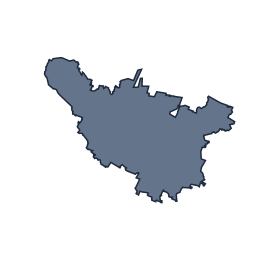 outline of Salamanca, Guanajuato, Mexico, rotated 290°
{"feature_id": "50627088B5946964256330", "entity_name": "Salamanca", "entity_type": "district", "adm_level": 2, "iso_a3": "MEX", "parent_name": "Mexico", "parent_adm1": "Guanajuato", "projection": "albers", "projection_center": [-101.157, 20.652], "detail": "fine", "context": "isolated", "style": "filled", "palette": "slate", "viewbox_px": 256, "rotation_deg": 290, "n_neighbors": 0, "source": "geoboundaries", "source_scale": "gbopen_adm2", "svg_char_len": 5874}
<svg xmlns="http://www.w3.org/2000/svg" viewBox="0 0 256 256"><g transform="rotate(290 128 128)"><path d="M68.2,179.3L69.4,179.2L70.1,179.8L69.6,181.2L69.7,183.4L69.2,184.7L69.3,185.1L69.6,185.4L71.2,184.7L70.9,183.7L71.3,183.0L72.6,182.2L74.4,181.5L75.2,181.9L75.4,181.5L75.7,181.5L76.1,182.5L77.0,181.9L81.6,182.4L81.7,183.0L80.8,183.2L80.9,186.6L80.0,188.5L77.7,189.8L77.3,190.3L77.6,192.4L78.1,193.3L77.0,193.1L76.5,193.4L76.3,196.4L76.5,197.4L76.3,197.4L75.9,198.1L76.3,198.2L76.3,198.6L75.7,198.4L75.9,198.9L81.7,196.2L83.1,196.2L85.3,198.8L86.2,198.6L87.7,198.9L88.9,198.8L89.3,199.2L91.0,199.6L91.2,201.1L92.7,206.0L92.7,207.9L93.7,207.7L93.7,208.5L94.2,208.4L94.2,206.2L95.9,206.3L96.8,206.9L97.7,213.4L97.2,215.1L101.1,214.8L101.4,216.5L101.0,216.5L100.8,217.8L99.5,218.6L99.6,219.2L101.9,219.8L101.9,219.4L102.3,219.3L102.3,218.1L103.0,215.3L105.1,217.4L105.6,217.7L105.8,217.0L107.7,215.9L108.0,216.0L108.1,215.5L109.4,214.9L111.0,213.6L111.8,212.2L111.9,211.2L115.9,210.5L124.0,211.9L124.0,209.3L123.9,209.2L123.9,208.4L124.2,207.3L130.7,204.5L134.8,204.4L135.1,204.2L135.6,205.0L135.6,206.0L136.0,206.3L136.1,207.0L136.5,207.4L137.1,207.4L137.7,206.2L138.3,207.1L139.2,206.5L139.9,207.2L140.1,207.8L141.2,207.7L141.6,207.9L141.7,208.1L141.5,208.6L141.6,209.0L142.5,209.1L143.0,208.8L143.2,208.3L142.8,207.0L142.9,206.2L142.6,205.1L142.7,204.8L143.7,203.5L145.6,202.5L145.9,201.9L147.3,201.9L147.3,202.7L148.6,203.9L148.7,204.7L149.5,205.5L149.7,206.1L150.2,206.6L151.3,208.5L151.8,208.7L152.8,208.7L153.1,209.4L153.5,209.5L153.7,210.1L153.4,210.4L153.1,211.4L153.2,211.9L153.6,212.1L153.9,212.7L154.9,213.1L155.3,213.9L157.0,214.5L158.7,214.7L158.7,216.1L158.1,216.7L158.4,217.1L159.1,217.1L158.8,218.1L159.3,218.9L159.0,219.4L158.7,219.4L158.5,219.9L158.6,221.0L159.5,221.4L159.6,222.0L160.0,222.3L160.0,223.4L163.0,225.1L165.9,222.4L167.1,224.3L167.4,225.2L168.1,225.8L168.3,226.1L170.4,226.1L172.0,218.2L175.5,218.7L176.0,219.8L178.8,220.7L180.0,219.2L183.2,219.4L183.3,216.7L182.3,216.6L182.3,215.7L182.9,215.5L183.1,214.4L181.9,214.8L181.8,214.3L183.2,213.3L183.2,206.2L185.4,192.8L184.1,192.4L183.7,192.6L182.7,193.7L181.8,193.6L180.9,194.0L178.8,193.4L176.9,194.0L176.3,193.6L174.6,193.2L173.6,191.7L173.1,191.6L172.1,190.8L171.7,190.7L171.4,189.6L172.0,188.2L171.8,187.4L170.9,186.5L169.4,186.2L168.2,186.3L166.8,186.9L165.4,187.1L165.4,183.0L166.1,183.3L166.2,178.1L168.6,178.4L168.8,173.9L167.1,171.4L166.3,169.4L160.4,169.1L158.7,169.5L154.2,168.8L155.4,162.4L157.6,162.1L162.3,167.0L162.8,167.3L165.4,168.0L166.2,167.4L166.5,167.8L166.3,168.5L175.1,168.4L173.5,160.6L173.7,160.2L173.4,160.1L173.0,156.9L172.0,156.8L171.9,156.0L172.8,155.8L173.1,155.5L172.7,155.1L172.4,152.5L171.6,152.5L171.7,152.2L173.6,151.9L171.9,142.7L166.4,142.1L165.3,136.7L167.7,136.1L167.8,135.4L167.5,133.8L174.3,133.2L172.1,126.8L179.6,124.4L178.9,122.7L169.9,123.6L168.1,119.1L187.8,120.7L185.7,117.5L174.5,117.0L174.4,111.1L170.3,105.4L168.8,104.7L168.4,105.5L167.8,105.3L166.5,105.5L166.2,105.3L165.9,105.6L165.5,105.4L165.3,105.7L163.4,106.2L163.3,105.9L162.7,105.7L162.5,104.6L162.7,104.4L162.7,103.9L163.0,103.6L162.6,103.1L163.2,102.7L163.5,102.0L161.8,101.5L161.3,102.0L158.4,101.9L158.0,102.5L157.5,102.3L157.2,101.7L156.5,101.1L155.5,101.9L154.0,101.4L153.8,100.7L154.8,99.1L156.0,98.9L156.5,98.0L157.0,97.8L158.2,96.2L159.0,96.0L159.3,92.5L157.7,92.4L156.8,91.6L159.1,90.1L158.7,89.7L158.1,86.6L154.4,86.8L154.3,86.0L153.9,85.8L153.9,85.5L153.1,85.2L152.9,84.8L152.4,84.8L151.5,84.0L150.6,82.1L150.7,80.4L150.5,79.8L150.7,79.6L151.3,80.0L151.8,79.8L152.2,80.3L153.6,79.9L154.7,80.6L154.9,81.0L155.1,81.0L155.7,80.8L155.9,80.5L155.2,79.6L155.8,79.0L155.3,78.1L155.5,77.4L157.1,77.7L157.0,78.4L158.2,78.2L158.5,77.6L159.1,77.6L159.5,77.4L160.1,77.9L160.5,77.9L160.5,77.0L160.9,76.4L160.1,73.4L161.9,71.2L164.4,67.5L164.9,66.1L161.9,66.6L162.6,65.2L164.3,63.6L164.8,62.9L165.0,62.3L165.6,61.8L167.0,62.6L167.4,62.1L167.5,61.6L167.2,60.8L167.5,59.7L169.0,59.8L170.0,59.4L170.9,60.0L171.3,59.6L171.9,59.3L171.9,58.8L172.5,58.7L172.9,58.1L172.7,57.4L172.4,57.3L172.2,56.2L173.2,54.6L173.2,53.4L172.3,52.4L171.3,50.6L170.9,50.3L171.4,42.2L171.1,40.8L167.5,33.9L164.9,33.0L165.4,30.8L164.7,30.7L164.5,30.4L164.2,30.7L163.5,30.8L161.4,30.5L160.4,30.2L159.6,30.5L157.9,30.3L157.6,29.9L156.1,30.6L155.3,30.6L154.8,30.9L153.7,31.0L152.3,30.6L151.3,31.0L150.4,31.0L148.7,32.5L148.5,33.1L147.9,33.5L147.6,34.3L146.9,35.1L141.4,38.6L139.2,44.6L139.7,45.2L139.5,47.8L137.3,49.8L136.0,51.9L128.9,68.0L128.2,68.0L127.8,68.6L127.3,68.5L126.1,68.9L125.3,69.5L125.2,70.2L124.8,70.6L124.3,70.7L124.3,70.4L122.4,71.3L122.7,71.5L122.7,71.8L122.0,73.5L121.6,74.1L121.6,74.6L122.3,74.5L122.2,81.5L120.5,81.5L120.5,82.0L117.6,81.5L115.5,80.6L115.4,80.0L117.1,79.6L117.1,79.3L115.7,79.3L114.5,80.2L113.3,80.1L112.4,79.8L111.9,80.0L111.3,80.6L110.3,82.5L109.3,83.4L106.7,82.4L106.3,83.9L107.1,86.3L107.1,87.2L105.9,88.0L106.1,88.4L105.2,89.6L105.1,90.0L103.8,91.8L103.4,92.8L102.4,93.8L102.3,94.4L101.7,94.8L100.4,95.2L100.2,95.8L99.6,96.0L99.1,95.7L98.4,95.7L96.8,96.0L95.4,95.5L94.6,96.5L94.2,97.6L94.6,97.6L94.4,100.5L94.6,102.4L93.0,101.5L92.1,103.9L91.7,106.4L91.5,106.5L90.7,106.0L91.0,105.0L88.8,105.5L88.5,106.5L88.0,107.0L88.3,107.2L88.8,108.6L88.8,109.4L88.6,109.9L88.0,110.2L87.6,110.9L88.5,112.2L88.5,112.6L87.9,113.3L86.6,113.6L84.7,115.2L84.5,116.4L84.7,116.8L84.3,117.6L84.4,118.1L83.8,118.9L84.1,119.7L83.5,120.2L83.5,120.6L84.5,120.8L84.5,122.4L89.8,123.7L87.8,134.1L88.8,134.3L89.3,133.7L91.5,135.1L90.1,138.9L89.9,140.2L88.6,139.4L87.5,140.6L87.2,144.1L87.3,144.2L87.1,150.7L87.7,150.8L88.4,151.5L88.4,151.8L89.5,152.5L89.2,153.7L84.0,152.7L84.0,156.5L75.9,155.8L73.9,155.3L71.6,158.3L69.1,158.1L68.7,160.8L72.6,160.8L72.7,162.9L73.6,167.2L73.8,169.3L71.6,169.2L71.2,170.5L71.2,173.9L68.3,175.1L68.2,179.3Z" fill="#64748b" stroke="#1e293b" stroke-width="1.5"/></g></svg>